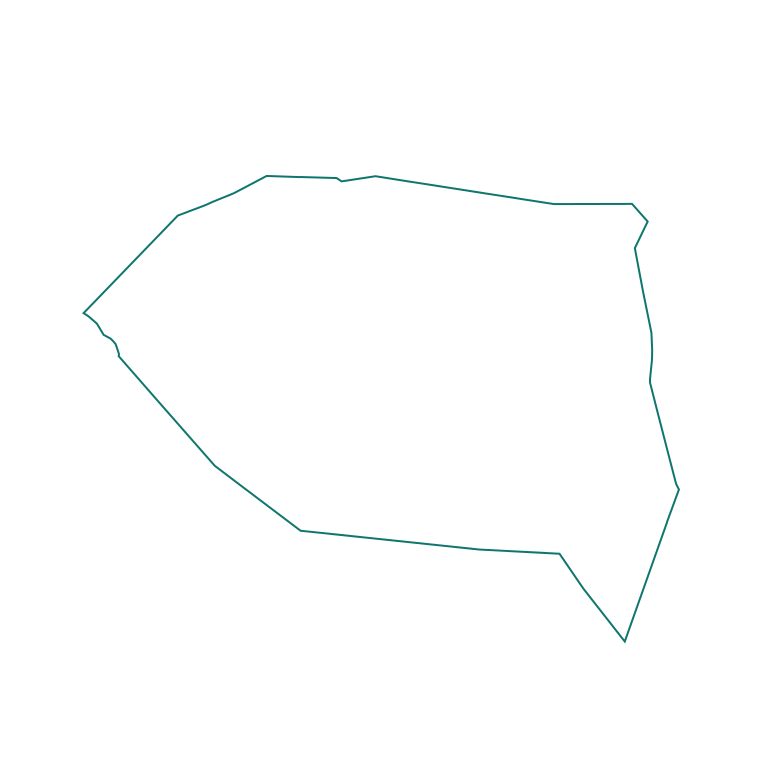 the district of Santa María Apazco, Oaxaca, Mexico, rotated 279°
{"feature_id": "50627088B71489452682156", "entity_name": "Santa María Apazco", "entity_type": "district", "adm_level": 2, "iso_a3": "MEX", "parent_name": "Mexico", "parent_adm1": "Oaxaca", "projection": "natural_earth1", "projection_center": [-97.074, 17.63], "detail": "fine", "context": "isolated", "style": "outline", "palette": "teal", "viewbox_px": 768, "rotation_deg": 279, "n_neighbors": 0, "source": "geoboundaries", "source_scale": "gbopen_adm2", "svg_char_len": 858}
<svg xmlns="http://www.w3.org/2000/svg" viewBox="0 0 768 768"><g transform="rotate(279 384 384)"><path d="M580.0,305.0L576.0,274.0L575.5,270.0L575.2,268.6L572.6,247.5L571.1,235.5L548.9,205.8L537.3,186.6L532.9,179.9L518.1,154.0L407.0,76.2L404.6,81.6L398.7,91.0L388.7,99.4L386.0,107.0L383.6,110.2L381.4,112.7L377.1,115.0L372.0,117.6L370.0,117.6L333.6,161.2L276.7,229.7L261.0,259.0L226.0,324.6L228.8,377.6L231.6,431.8L235.4,503.8L243.8,583.9L212.9,613.1L167.3,662.1L291.8,685.2L292.4,685.2L325.9,691.8L331.1,688.1L360.0,675.5L400.8,657.8L426.6,646.7L427.0,646.5L427.3,646.4L428.0,646.3L428.3,646.4L430.0,646.0L448.1,645.0L451.4,644.7L459.3,643.6L476.5,640.1L515.5,625.5L557.4,610.5L585.7,619.0L600.7,600.8L588.3,523.8L588.2,496.6L588.2,485.3L588.1,458.0L587.9,374.1L587.9,343.1L577.5,310.4L580.0,305.0Z" fill="none" stroke="#0f766e" stroke-width="2"/></g></svg>